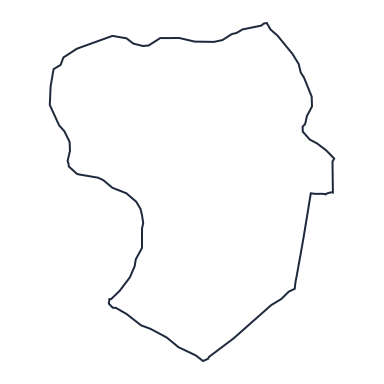 Huité, Zacapa, Guatemala (Albers equal-area conic projection)
{"feature_id": "79465075B89457517012818", "entity_name": "Huité", "entity_type": "district", "adm_level": 2, "iso_a3": "GTM", "parent_name": "Guatemala", "parent_adm1": "Zacapa", "projection": "albers", "projection_center": [-89.697, 14.912], "detail": "fine", "context": "isolated", "style": "outline", "palette": "slate", "viewbox_px": 384, "rotation_deg": 0, "n_neighbors": 0, "source": "geoboundaries", "source_scale": "gbopen_adm2", "svg_char_len": 1257}
<svg xmlns="http://www.w3.org/2000/svg" viewBox="0 0 384 384"><path d="M203.0,361.0L207.9,358.9L209.1,356.8L233.8,338.2L271.2,305.1L281.3,299.0L288.7,291.7L294.7,288.8L295.4,282.7L296.6,276.4L299.7,259.2L300.4,255.5L303.9,235.5L310.8,193.3L315.6,193.9L321.6,193.8L325.0,194.0L325.4,194.4L326.0,194.1L326.6,193.6L328.8,192.9L331.5,192.3L332.9,192.6L332.5,161.5L334.2,158.6L326.2,150.4L317.3,143.6L309.7,139.5L302.8,131.7L302.6,126.8L305.2,123.9L306.9,116.1L312.0,106.4L311.7,96.7L304.0,77.6L300.7,72.4L298.7,64.1L292.7,54.2L277.6,35.7L270.4,29.4L266.8,23.0L263.7,23.6L261.3,25.6L242.6,29.4L236.4,33.0L231.8,34.1L222.4,40.1L213.9,41.9L194.7,41.6L179.3,38.0L160.2,38.1L148.6,45.5L143.0,46.0L133.3,43.6L126.5,38.3L112.4,35.9L76.9,48.7L67.4,54.9L63.4,57.5L60.6,64.9L53.6,69.1L50.6,86.4L49.8,105.0L59.1,125.3L64.4,131.3L69.6,141.9L70.0,150.8L67.6,160.9L68.4,163.2L68.9,166.6L77.0,173.9L79.3,174.5L98.1,177.7L103.2,180.1L112.4,187.8L126.4,193.3L136.2,201.7L140.5,208.9L142.0,215.1L143.2,223.1L142.0,228.6L142.0,247.9L135.8,259.3L134.6,266.4L129.9,277.3L119.7,290.8L111.0,299.2L109.4,299.1L108.8,303.6L112.7,307.7L115.9,307.9L126.7,314.1L141.0,325.3L150.4,328.8L166.7,337.5L178.5,347.2L195.9,355.5L203.0,361.0Z" fill="none" stroke="#1e293b" stroke-width="2"/></svg>